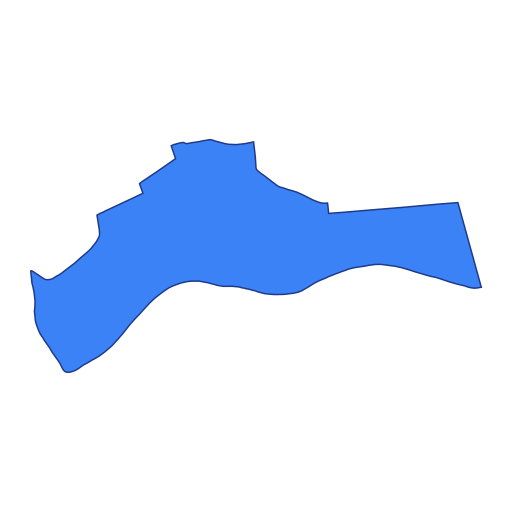 Lunca, Olt, Romania (Albers equal-area conic projection)
{"feature_id": "2599482B1586311708085", "entity_name": "Lunca", "entity_type": "district", "adm_level": 2, "iso_a3": "ROU", "parent_name": "Romania", "parent_adm1": "Olt", "projection": "albers", "projection_center": [24.698, 43.826], "detail": "fine", "context": "isolated", "style": "filled", "palette": "blue", "viewbox_px": 512, "rotation_deg": 0, "n_neighbors": 0, "source": "geoboundaries", "source_scale": "gbopen_adm2", "svg_char_len": 2800}
<svg xmlns="http://www.w3.org/2000/svg" viewBox="0 0 512 512"><path d="M481.3,287.3L457.9,202.6L438.7,204.1L402.2,207.4L375.1,209.6L342.1,212.4L331.2,213.2L328.6,213.4L328.6,212.8L327.9,205.9L327.5,203.0L327.3,203.0L324.9,203.3L321.6,203.0L318.3,202.1L312.3,199.7L302.7,194.8L296.7,192.1L292.9,190.9L288.5,189.7L282.0,187.5L280.3,187.2L278.3,186.3L277.5,185.7L277.2,185.6L274.5,183.6L264.4,175.8L260.7,173.2L258.5,171.4L256.6,169.6L256.4,169.2L256.0,167.7L255.3,156.8L253.6,141.9L244.7,143.7L238.2,144.4L236.2,144.6L228.9,144.3L225.2,143.7L215.5,141.1L211.8,139.9L210.9,139.7L209.4,139.7L202.4,140.9L198.7,141.7L192.4,142.6L187.6,143.5L186.6,143.6L185.6,143.4L183.4,142.5L181.7,142.6L176.2,143.9L175.7,144.3L175.4,144.2L174.7,144.3L173.2,144.8L172.5,145.2L171.2,145.8L175.2,157.6L175.5,158.7L157.3,171.4L142.7,181.2L139.5,183.6L142.9,193.3L142.5,193.5L118.9,204.6L105.0,211.1L103.6,211.9L100.3,213.3L97.0,215.1L97.1,216.0L99.3,229.6L99.6,234.1L99.2,236.2L98.8,237.2L96.4,241.7L91.0,248.5L88.9,250.7L79.9,258.4L74.6,263.2L63.4,271.7L62.0,272.9L58.8,275.0L56.8,276.0L52.7,278.6L50.9,279.3L48.2,279.7L46.7,279.7L45.1,279.3L43.5,278.5L33.3,271.7L31.8,270.9L30.9,270.8L30.7,271.0L31.3,276.7L31.5,277.9L31.7,281.3L32.2,284.1L32.9,286.6L34.1,292.5L34.7,297.9L35.0,300.3L35.0,304.1L34.9,307.3L34.8,307.8L34.4,311.5L35.0,316.4L35.2,319.6L35.7,322.1L36.2,323.9L38.4,330.0L39.9,333.3L41.6,336.1L43.1,338.1L44.1,340.0L49.7,348.0L52.1,352.2L58.9,361.7L60.1,363.7L62.4,368.3L63.4,370.0L64.0,370.7L65.1,371.6L66.2,372.1L67.7,372.3L69.7,372.2L71.4,371.8L73.2,371.2L74.7,370.6L75.5,370.3L78.3,368.7L82.1,365.9L84.1,364.6L87.8,362.7L92.0,360.1L94.9,358.6L99.3,356.0L104.4,352.2L111.0,346.6L114.3,343.2L115.6,341.7L118.1,339.1L119.7,337.1L122.3,334.2L130.2,324.2L135.3,318.5L139.3,314.4L142.0,311.3L149.7,303.0L152.9,299.9L155.6,297.5L160.9,293.4L165.0,290.4L169.1,287.7L172.2,286.2L178.8,283.7L182.1,282.7L187.1,281.6L191.5,281.1L199.0,281.1L207.7,282.7L215.9,284.9L218.6,285.6L221.8,286.1L224.1,286.4L225.1,286.3L232.6,286.3L236.2,286.7L237.3,286.7L240.0,287.2L242.3,287.9L243.5,288.0L245.2,288.5L246.0,288.6L250.0,289.5L252.9,290.4L254.4,290.6L255.7,291.0L257.9,291.9L265.0,293.7L273.5,294.5L277.8,294.5L283.7,294.4L293.7,293.2L298.0,292.2L299.0,291.9L301.9,290.7L303.5,289.7L306.6,288.0L314.6,283.0L319.3,280.7L326.5,277.7L328.1,276.8L332.6,275.1L333.6,274.6L339.9,272.3L341.6,271.6L344.4,270.7L347.9,269.3L352.1,268.2L355.2,267.5L364.9,266.1L368.4,265.4L375.6,264.4L381.3,264.4L391.7,265.8L395.3,266.2L399.2,267.2L401.2,267.5L402.4,267.9L408.6,269.7L415.6,272.0L420.7,273.4L421.7,273.8L430.5,276.3L436.7,277.6L449.5,281.9L456.4,283.9L465.2,286.0L466.6,286.6L469.3,287.4L471.8,287.9L473.9,288.1L475.8,288.1L477.1,287.9L477.8,287.9L479.9,287.4L481.3,287.3Z" fill="#3b82f6" stroke="#1e3a8a" stroke-width="1.5"/></svg>